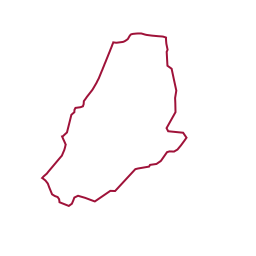 Mukjar, Central Darfur, Sudan, rotated 208°
{"feature_id": "16777658B99051784139015", "entity_name": "Mukjar", "entity_type": "district", "adm_level": 2, "iso_a3": "SDN", "parent_name": "Sudan", "parent_adm1": "Central Darfur", "projection": "natural_earth1", "projection_center": [23.598, 11.812], "detail": "fine", "context": "isolated", "style": "outline", "palette": "rose", "viewbox_px": 256, "rotation_deg": 208, "n_neighbors": 0, "source": "geoboundaries", "source_scale": "gbopen_adm2", "svg_char_len": 2145}
<svg xmlns="http://www.w3.org/2000/svg" viewBox="0 0 256 256"><g transform="rotate(208 128 128)"><path d="M71.8,146.9L77.1,149.7L91.0,144.0L93.9,146.0L93.5,164.3L97.8,172.0L100.5,176.6L102.9,183.7L110.6,192.8L117.3,200.8L122.4,201.5L129.6,213.4L129.8,215.7L133.7,220.4L135.2,222.7L136.8,225.4L136.9,225.7L137.0,225.7L139.8,225.2L140.9,224.8L144.5,223.2L148.1,221.7L150.0,220.9L151.3,220.4L155.3,218.9L156.4,218.6L156.8,218.5L159.3,218.0L160.6,217.7L162.6,216.7L164.5,215.6L167.7,213.5L169.1,212.3L169.4,211.8L169.6,211.1L169.8,209.8L169.9,206.5L170.4,205.4L171.4,203.5L171.7,203.1L172.4,202.1L173.2,201.4L173.9,200.9L175.6,199.7L177.7,198.2L178.5,197.7L181.2,196.7L181.1,196.3L181.1,196.2L181.0,195.5L181.0,195.2L181.0,194.9L181.0,194.7L180.9,194.4L180.9,193.9L180.8,193.5L180.8,193.4L180.8,193.2L180.7,192.9L180.7,192.7L180.6,191.9L180.6,191.6L180.5,191.1L180.4,190.1L180.4,189.7L180.0,186.6L180.0,186.3L179.9,185.2L179.8,184.8L179.8,184.3L179.5,181.6L179.1,177.7L179.0,177.0L178.9,176.0L178.6,172.6L178.5,172.3L178.2,168.9L178.0,167.5L177.9,166.0L177.2,159.0L177.1,158.2L177.1,157.6L177.1,156.6L177.1,155.4L177.0,153.1L177.3,145.9L177.4,144.7L178.9,136.2L179.2,133.6L179.6,131.0L178.3,128.1L178.2,127.1L178.0,126.0L179.3,124.5L179.9,123.9L181.3,122.9L183.1,121.6L183.8,121.1L183.8,119.4L183.8,119.0L183.1,117.4L182.8,116.8L184.2,113.1L181.8,103.5L179.8,95.4L180.7,92.9L181.7,90.0L182.2,89.6L181.5,89.0L181.3,88.9L181.1,88.7L180.7,88.4L180.4,88.1L180.1,87.9L179.6,87.5L178.5,86.7L176.2,84.9L175.9,84.6L175.2,84.1L175.2,83.9L175.1,83.6L175.0,83.2L174.6,81.7L174.3,80.4L174.0,78.9L173.9,78.4L173.8,76.9L173.4,72.5L173.7,71.3L174.3,68.6L176.0,60.6L177.8,52.2L178.2,50.0L178.2,49.8L179.8,45.6L180.3,43.6L180.2,43.6L179.6,43.5L178.5,43.3L176.3,42.9L172.7,41.3L169.8,38.7L163.9,33.8L160.7,33.6L157.7,34.0L155.4,32.8L153.6,30.3L143.7,31.4L142.0,34.8L142.3,38.3L142.7,41.4L140.3,44.7L133.1,46.2L124.0,47.4L122.8,47.6L114.1,64.2L109.8,66.3L104.8,85.3L102.2,95.1L100.2,96.9L91.3,103.8L91.2,105.8L86.0,109.6L83.5,114.4L82.2,125.0L80.4,126.8L76.3,128.8L74.2,132.2L73.1,137.5L72.3,142.9L71.8,146.9Z" fill="none" stroke="#9f1239" stroke-width="2"/></g></svg>